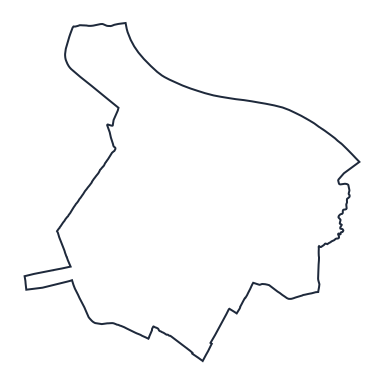 Rat Burana, Bangkok Metropolis, Thailand (Robinson projection)
{"feature_id": "78962969B18943250736788", "entity_name": "Rat Burana", "entity_type": "district", "adm_level": 2, "iso_a3": "THA", "parent_name": "Thailand", "parent_adm1": "Bangkok Metropolis", "projection": "robinson", "projection_center": [100.505, 13.674], "detail": "fine", "context": "isolated", "style": "outline", "palette": "slate", "viewbox_px": 384, "rotation_deg": 0, "n_neighbors": 0, "source": "geoboundaries", "source_scale": "gbopen_adm2", "svg_char_len": 5791}
<svg xmlns="http://www.w3.org/2000/svg" viewBox="0 0 384 384"><path d="M125.6,23.0L118.6,23.9L114.3,24.8L111.8,25.8L110.4,26.1L109.9,26.0L108.8,26.0L107.5,25.9L106.6,25.7L103.4,24.3L102.4,24.0L102.0,24.0L100.5,24.1L93.3,25.6L91.6,25.8L90.2,25.9L88.9,25.9L86.3,25.5L79.8,25.2L79.0,25.5L77.9,25.9L77.5,26.0L75.5,26.5L74.7,26.5L74.0,26.6L73.5,26.5L72.6,27.7L70.4,33.6L69.3,36.8L65.8,48.8L65.1,54.0L65.1,55.5L65.3,57.7L65.7,59.6L66.3,61.2L67.4,63.8L68.7,66.1L69.8,67.6L71.3,69.2L80.3,76.9L91.5,85.8L104.7,96.6L110.7,101.5L118.5,107.8L117.8,110.5L113.6,120.0L112.9,124.4L112.8,125.2L112.7,125.5L112.3,125.7L111.3,125.6L107.8,124.5L107.5,124.6L107.3,124.8L107.2,125.1L107.2,125.3L109.7,132.2L110.9,137.6L113.1,144.4L113.3,145.5L113.7,146.4L114.2,146.9L114.9,147.4L115.4,148.1L115.4,148.7L115.3,149.2L114.3,151.0L113.6,151.4L112.0,152.8L108.0,159.2L107.0,160.5L106.8,160.9L106.2,161.6L106.0,162.1L105.5,162.6L105.0,163.4L104.0,165.5L103.7,165.9L103.1,166.6L102.8,166.7L102.6,167.1L102.0,167.7L100.8,169.2L100.1,169.8L99.4,171.4L98.3,173.3L96.1,176.0L94.6,178.0L94.0,178.7L91.9,181.8L91.8,182.4L89.4,185.6L87.8,187.5L86.8,188.9L85.0,191.1L82.9,194.5L82.6,194.8L80.7,197.6L80.3,198.1L79.6,198.9L79.0,199.8L78.6,200.6L78.0,201.4L78.0,201.5L77.0,202.8L76.1,203.8L75.9,204.0L75.5,204.7L75.3,205.0L74.9,205.6L73.7,207.3L70.7,212.2L70.2,213.1L69.7,213.7L68.7,215.0L68.0,216.3L67.1,217.1L65.3,219.4L64.5,220.8L63.1,222.5L61.5,224.9L60.5,226.4L59.8,227.2L59.5,228.0L58.9,228.5L57.0,231.2L57.9,232.8L59.2,237.2L64.3,250.2L64.8,251.7L64.9,252.3L66.5,256.7L66.7,257.1L66.9,257.2L66.9,257.5L67.8,260.1L70.6,266.6L61.8,268.5L57.0,269.4L34.1,273.9L24.6,276.2L25.4,280.9L25.6,283.5L26.3,289.7L42.5,287.7L67.3,281.6L70.0,280.9L72.0,280.2L73.5,285.0L74.9,288.6L78.0,294.7L79.5,298.0L84.4,307.4L86.2,311.6L88.6,317.1L89.5,318.3L91.7,320.7L92.6,321.5L93.4,322.1L94.8,322.9L95.4,323.1L101.8,324.1L107.5,323.3L108.6,323.3L111.7,323.1L112.4,323.1L113.1,323.2L113.9,323.4L115.5,324.0L116.8,324.6L118.4,324.9L119.9,325.6L121.0,325.9L124.2,327.2L126.7,328.5L135.1,332.6L136.6,333.3L138.4,334.0L140.6,334.9L141.9,335.7L145.7,337.4L148.4,338.7L149.1,337.4L149.1,336.9L152.0,330.2L152.0,329.3L152.1,328.8L153.2,326.7L153.4,326.5L153.9,326.6L154.7,327.1L155.6,327.5L156.6,327.8L157.3,328.2L157.7,328.4L158.1,328.7L158.5,329.3L158.9,330.2L159.1,330.5L159.5,330.9L159.9,331.1L160.5,331.3L161.0,331.5L161.4,331.8L161.7,332.0L163.6,332.8L166.2,334.5L166.5,334.7L167.7,334.7L168.0,334.8L169.2,335.7L169.6,335.8L170.2,335.8L170.7,336.1L171.3,336.5L177.1,340.9L190.4,351.0L191.5,352.0L192.4,352.7L192.6,353.0L192.2,353.6L192.4,353.8L198.6,358.0L202.7,361.0L205.9,355.0L208.1,351.1L211.2,344.8L211.8,343.8L210.5,342.9L215.1,335.0L221.0,324.1L226.5,313.9L228.8,309.3L229.1,309.0L229.4,308.8L234.1,311.7L236.7,313.4L238.6,310.3L239.2,309.4L239.8,308.3L240.2,307.3L240.2,306.7L240.3,306.6L241.6,304.2L243.1,301.3L244.5,298.7L245.1,297.9L245.3,298.0L245.9,297.1L247.1,295.1L248.2,292.8L250.2,288.9L251.7,285.6L252.5,284.0L253.2,282.8L255.1,283.4L258.8,284.6L259.6,284.8L260.1,284.7L261.7,284.1L262.4,284.0L263.9,284.1L265.1,284.2L267.5,284.7L269.2,285.2L277.6,291.6L279.8,293.0L282.4,295.0L284.8,296.6L286.9,298.1L287.8,298.5L288.5,298.8L289.5,298.9L290.2,298.9L291.5,298.8L293.6,298.2L295.5,297.5L302.2,295.5L303.2,295.0L304.9,294.7L308.9,293.8L311.7,293.3L315.7,292.2L318.2,292.0L318.4,290.6L319.0,287.4L319.2,286.0L319.4,284.2L318.6,281.4L318.2,279.8L318.2,279.3L318.1,278.6L318.4,270.1L318.5,267.6L318.6,264.7L318.9,260.8L319.0,258.2L319.0,257.2L318.8,256.0L318.7,253.3L318.7,251.3L318.8,248.5L318.7,247.1L318.7,246.7L319.1,246.1L319.3,246.2L319.8,246.6L320.2,246.9L320.7,247.0L321.2,246.9L322.0,246.3L323.8,245.1L325.1,243.7L325.5,243.6L327.1,244.0L327.4,244.1L327.5,244.0L329.3,242.8L330.6,242.2L331.3,241.5L331.7,241.3L333.9,240.3L334.3,240.1L335.6,238.9L335.8,238.8L336.3,238.6L337.8,238.5L338.3,238.3L338.7,238.0L338.9,237.8L339.0,237.5L339.0,236.9L338.9,236.3L338.2,234.5L338.1,234.2L338.2,233.9L338.3,233.8L338.5,233.6L338.8,233.6L339.6,234.3L340.0,234.4L340.3,234.3L340.5,234.2L340.6,233.9L340.7,232.9L340.7,232.7L341.0,232.4L341.3,232.2L342.3,232.0L342.5,231.9L342.7,231.6L343.0,231.3L343.3,230.7L343.3,230.3L343.2,230.1L342.7,229.4L342.5,229.2L342.3,229.1L340.6,228.7L340.4,228.6L340.3,228.3L340.2,228.0L340.3,227.7L340.5,227.0L341.2,225.8L341.6,225.2L341.7,224.8L341.4,224.5L341.2,224.4L339.9,223.7L339.8,223.4L339.8,223.1L340.5,220.2L340.5,219.8L340.4,219.6L339.9,219.0L338.6,217.6L338.5,217.3L338.5,217.0L338.6,216.5L338.9,215.8L339.2,215.5L339.9,214.7L340.5,214.3L340.8,214.2L341.3,214.0L342.0,213.9L342.2,213.7L342.6,213.3L342.8,212.7L342.8,211.0L342.9,210.5L343.1,210.1L343.4,209.8L343.6,209.7L345.5,209.4L345.9,209.2L346.2,209.1L346.5,208.6L346.6,208.4L346.6,207.9L346.3,205.1L346.3,204.5L346.3,204.3L346.8,203.0L347.0,202.4L347.0,201.6L346.9,200.2L347.0,199.2L347.1,198.9L347.4,198.6L348.5,197.8L349.3,197.1L349.4,196.8L349.6,196.4L349.6,195.2L349.1,194.7L348.8,194.2L348.7,193.8L348.7,193.6L348.9,192.6L349.3,191.1L349.4,190.6L349.4,190.2L349.3,189.7L348.4,185.3L348.2,184.8L347.9,184.6L347.2,184.2L346.5,184.0L345.4,183.8L344.6,183.8L340.7,184.4L339.9,184.3L339.6,184.2L339.3,184.0L339.1,183.8L338.8,183.0L338.3,181.0L338.2,180.6L338.2,180.3L338.4,179.8L338.6,179.4L343.9,173.3L359.4,161.9L355.8,158.2L352.1,154.3L347.1,149.2L342.0,144.2L337.7,140.8L335.0,138.3L330.1,134.6L324.9,130.8L318.6,126.6L314.3,123.4L308.3,119.8L301.2,115.8L295.1,112.8L289.2,110.0L282.6,107.5L274.2,105.4L265.6,103.7L258.5,102.5L251.7,101.3L243.8,100.1L236.0,99.2L228.9,98.1L220.9,96.8L213.5,95.4L205.1,93.2L197.2,90.7L190.5,88.5L182.5,85.5L175.8,82.5L169.4,79.6L164.6,77.1L161.8,75.4L157.2,71.9L150.8,66.0L143.9,59.0L138.4,52.5L134.2,46.4L130.7,39.9L127.6,32.1L126.7,28.8L125.6,23.0Z" fill="none" stroke="#1e293b" stroke-width="2"/></svg>